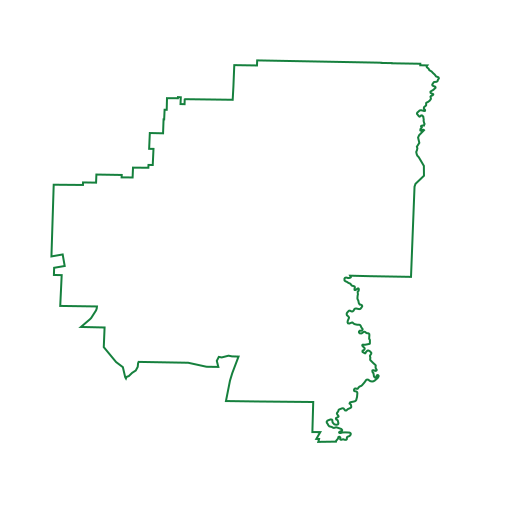 outline of Leeton, New South Wales, Australia, rotated 263°
{"feature_id": "25037944B57687505469181", "entity_name": "Leeton", "entity_type": "district", "adm_level": 2, "iso_a3": "AUS", "parent_name": "Australia", "parent_adm1": "New South Wales", "projection": "equal_earth", "projection_center": [146.159, -34.53], "detail": "fine", "context": "isolated", "style": "outline", "palette": "green", "viewbox_px": 512, "rotation_deg": 263, "n_neighbors": 0, "source": "geoboundaries", "source_scale": "gbopen_adm2", "svg_char_len": 6028}
<svg xmlns="http://www.w3.org/2000/svg" viewBox="0 0 512 512"><g transform="rotate(263 256 256)"><path d="M67.1,293.6L66.7,296.3L63.9,295.2L63.9,295.4L62.0,312.8L62.8,313.0L64.6,315.0L66.3,315.8L66.5,316.6L66.3,317.0L65.7,317.5L65.3,317.6L64.0,317.2L63.4,317.6L63.2,318.2L63.5,320.2L62.9,321.3L62.6,322.5L62.6,323.1L62.9,323.6L63.3,323.9L64.4,324.0L65.1,324.3L65.5,325.1L65.9,326.8L66.8,327.9L67.8,328.4L68.4,328.3L68.8,328.0L69.1,327.7L69.4,327.0L70.1,322.9L70.3,320.3L70.0,318.4L70.2,317.4L70.6,317.0L71.1,317.2L71.5,318.1L72.0,319.8L72.3,320.2L72.7,320.3L73.6,319.8L74.0,319.4L76.0,315.3L76.2,314.6L75.9,312.8L76.0,311.8L77.1,310.3L78.0,308.0L79.1,307.2L80.5,306.7L81.8,306.0L82.7,305.9L83.3,306.3L83.9,306.9L84.5,309.1L84.7,310.3L84.4,311.3L83.9,311.7L81.9,311.7L81.2,311.9L79.5,313.1L79.1,313.8L78.7,315.2L78.7,315.9L78.9,316.8L79.4,317.2L80.1,317.4L82.8,317.1L83.2,316.9L84.0,315.7L85.0,315.5L85.3,315.6L85.5,316.0L86.1,317.6L86.4,318.2L86.8,318.4L87.2,318.3L89.0,317.3L89.9,317.1L90.7,317.5L91.5,318.5L93.2,319.3L93.6,320.0L94.3,322.9L94.3,323.6L94.1,324.1L93.8,324.5L91.9,325.6L91.7,326.2L91.7,326.9L92.8,328.4L93.7,331.3L94.2,332.0L95.1,332.2L96.6,332.1L97.3,331.8L98.1,330.9L98.8,331.2L99.2,331.5L99.4,332.4L99.6,335.2L99.8,336.5L100.1,337.2L100.8,337.9L103.8,339.1L107.5,339.9L108.5,339.8L109.0,339.4L109.4,338.8L109.8,337.5L110.2,337.0L111.1,336.9L112.2,337.6L112.4,338.1L112.4,338.7L111.8,340.2L111.9,340.8L113.1,341.9L113.8,342.9L114.3,344.7L114.8,345.5L116.8,347.7L118.3,349.2L119.2,349.9L119.7,350.6L119.8,351.4L119.5,352.4L118.4,353.5L117.8,354.3L117.3,355.9L117.3,357.1L117.8,358.5L120.1,361.9L121.5,363.0L122.1,363.1L122.7,362.8L123.0,362.3L123.0,361.8L122.6,361.3L121.1,360.4L120.8,359.9L120.9,359.2L121.4,358.8L122.2,358.4L125.4,358.3L126.0,357.8L126.7,357.5L128.0,357.5L128.3,357.7L128.4,358.3L128.2,359.1L127.4,360.3L127.5,361.3L127.9,361.8L128.5,361.9L129.3,361.4L130.5,361.1L131.7,361.2L132.4,361.5L133.2,361.3L135.6,359.2L138.7,356.8L139.5,356.7L141.2,357.1L142.8,356.9L143.3,357.1L145.0,358.5L145.9,358.6L146.4,358.3L147.7,357.3L148.2,356.6L148.6,355.7L148.4,354.9L147.3,353.5L146.3,352.8L146.1,352.5L146.3,351.9L146.9,351.3L147.6,350.2L148.0,350.0L149.1,350.3L149.4,351.4L150.0,352.2L150.3,352.4L150.9,352.6L151.6,352.4L153.6,350.8L154.4,350.6L154.8,350.8L155.0,351.3L154.6,353.3L154.9,357.5L155.0,358.1L155.5,358.4L158.7,358.8L159.4,358.6L160.0,358.2L163.7,358.9L164.7,358.9L165.5,358.3L165.9,356.6L166.3,356.0L167.2,355.2L167.6,354.5L167.6,353.7L166.5,351.8L166.3,351.2L166.5,350.0L166.7,349.4L167.7,348.9L168.4,349.0L168.7,349.3L169.2,349.9L169.0,351.2L169.0,351.7L169.5,352.5L170.2,352.9L170.5,352.9L172.2,351.9L173.9,351.4L174.6,351.0L174.9,350.7L175.2,350.0L175.5,347.9L176.3,345.7L177.0,344.7L178.2,343.7L178.3,343.2L177.6,340.3L178.0,339.1L179.0,338.8L180.3,339.1L181.3,339.6L182.9,340.6L183.7,340.8L184.7,340.3L186.2,339.0L187.4,338.9L188.4,339.3L189.5,340.5L190.3,341.5L190.4,342.0L190.3,342.6L189.4,343.9L189.2,344.8L189.3,345.3L189.9,346.2L191.3,347.2L191.7,348.0L191.7,349.0L190.7,351.9L190.7,352.7L191.0,353.4L192.2,354.6L193.2,355.3L193.5,355.3L194.2,355.1L195.1,353.8L195.1,353.2L195.6,352.8L196.7,352.3L199.3,352.1L200.6,351.6L201.6,351.5L204.2,352.0L205.5,352.5L207.9,352.5L208.4,352.8L208.7,353.4L209.2,353.7L210.3,354.0L211.0,353.9L211.3,353.7L211.4,353.2L211.1,352.5L210.2,350.9L210.1,350.4L210.2,349.9L210.4,349.7L211.2,349.7L212.8,350.3L213.6,350.2L214.2,349.4L214.8,347.7L215.6,347.0L216.5,346.6L217.1,346.1L218.0,344.5L219.3,343.0L219.9,341.9L220.4,341.3L220.9,340.9L222.6,341.0L223.3,341.5L223.6,342.1L223.5,343.4L223.0,344.4L222.8,345.4L223.0,347.0L223.3,347.5L223.6,347.5L225.0,347.0L222.1,366.5L216.4,407.3L305.5,421.8L308.2,423.1L315.2,432.5L325.0,433.6L334.2,429.6L336.0,428.3L337.6,427.9L339.7,427.7L341.3,428.6L343.2,429.3L344.9,429.0L348.4,431.9L353.8,431.3L356.0,432.6L360.4,438.1L360.8,437.8L360.9,437.4L360.7,435.7L360.3,434.9L360.5,434.5L360.9,434.4L362.1,434.8L362.9,435.8L363.6,436.3L364.0,436.2L364.3,435.7L364.6,435.6L365.0,435.9L365.2,436.8L365.2,437.6L365.0,438.6L365.9,439.0L366.5,439.4L366.9,439.2L369.7,438.8L370.8,439.1L373.9,439.0L374.0,438.8L374.4,438.5L374.9,438.4L375.3,437.9L375.4,437.1L374.5,435.8L374.4,435.2L375.0,434.6L377.5,433.1L378.1,433.2L378.7,433.6L380.5,436.2L380.6,437.6L380.0,439.1L379.9,439.7L379.4,440.5L379.5,441.4L380.1,441.6L380.5,441.5L381.4,440.8L381.9,440.6L383.0,440.8L383.4,441.1L384.4,442.7L384.7,443.1L385.1,443.3L386.5,443.4L387.2,443.6L387.5,444.1L388.0,445.6L389.0,447.3L390.4,448.6L390.9,448.8L392.9,448.6L393.4,449.0L394.0,450.9L394.6,451.6L395.0,451.6L395.3,451.3L396.0,449.9L396.6,449.2L397.6,449.1L398.0,449.4L398.4,450.2L399.3,452.3L401.1,454.7L401.8,454.7L402.3,454.4L403.2,452.6L403.7,452.0L404.3,451.8L404.8,451.9L406.8,453.6L407.0,454.2L406.9,456.3L407.1,456.9L407.5,457.5L408.8,458.1L409.9,459.1L410.2,459.1L410.9,459.0L411.3,458.6L412.3,456.6L414.3,455.5L416.0,454.0L417.7,452.8L419.3,450.7L420.9,450.1L422.5,448.6L422.8,448.5L423.6,448.5L424.3,449.2L425.3,442.3L426.8,442.5L430.7,414.4L430.9,414.4L432.3,404.1L432.5,404.1L432.8,402.4L450.0,281.0L445.0,280.2L448.1,257.7L426.8,254.2L413.9,251.9L420.3,204.7L420.1,204.3L415.4,203.6L416.0,199.6L422.7,200.7L423.2,197.9L422.1,197.7L423.5,186.9L412.0,185.2L412.3,183.1L402.8,181.5L402.9,180.9L389.1,178.7L391.0,165.6L375.4,163.0L374.8,167.3L358.9,164.6L359.5,160.4L356.7,159.9L358.7,144.7L349.0,143.1L350.4,132.2L352.8,132.6L356.3,107.5L348.3,106.2L350.1,93.3L347.6,92.9L351.4,63.9L280.5,52.9L281.1,64.3L269.4,64.9L268.9,54.2L261.8,53.1L260.7,60.8L230.3,55.6L225.3,92.0L223.3,91.5L221.5,90.6L214.5,84.8L213.4,83.4L206.9,73.6L203.5,97.0L184.1,93.8L167.8,104.2L161.9,110.3L151.7,111.4L150.3,112.0L151.8,112.8L152.3,115.1L155.1,118.8L157.0,122.7L160.4,125.1L164.0,125.9L165.2,126.6L158.3,175.7L152.1,193.4L150.5,205.1L156.7,204.3L160.4,206.8L159.5,209.6L160.4,216.6L159.3,219.9L158.3,226.4L142.7,218.2L135.5,215.0L115.7,208.5L111.4,239.9L104.1,295.0L74.4,290.5L73.6,297.0L73.4,296.9L73.3,298.3L67.1,293.6Z" fill="none" stroke="#15803d" stroke-width="2"/></g></svg>